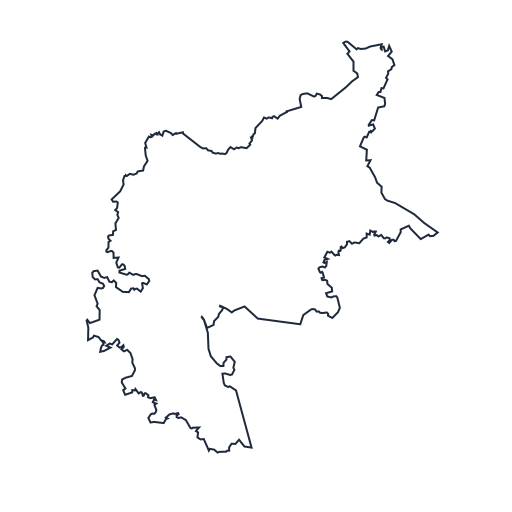 Ērgļu pag., Erglu, Latvia (Albers equal-area conic projection), rotated 75°
{"feature_id": "27541924B50844448194211", "entity_name": "Ērgļu pag.", "entity_type": "district", "adm_level": 2, "iso_a3": "LVA", "parent_name": "Latvia", "parent_adm1": "Erglu", "projection": "albers", "projection_center": [25.617, 56.923], "detail": "fine", "context": "isolated", "style": "outline", "palette": "slate", "viewbox_px": 512, "rotation_deg": 75, "n_neighbors": 0, "source": "geoboundaries", "source_scale": "gbopen_adm2", "svg_char_len": 6081}
<svg xmlns="http://www.w3.org/2000/svg" viewBox="0 0 512 512"><g transform="rotate(75 256 256)"><path d="M164.0,380.8L166.6,380.0L167.3,376.6L168.7,375.7L173.6,377.7L175.2,380.1L177.9,377.8L180.4,379.3L183.7,378.8L188.1,383.4L194.6,384.5L195.2,387.6L198.6,388.7L198.1,392.7L198.8,393.8L201.0,394.1L203.6,392.6L204.3,394.8L209.8,396.4L211.6,399.0L213.0,399.4L213.8,398.7L213.6,394.8L214.1,393.7L215.9,392.8L221.0,394.0L221.9,389.2L226.3,392.7L231.3,392.4L231.9,391.1L229.3,387.5L229.9,386.3L231.8,385.4L234.6,385.7L234.9,391.7L236.6,392.2L240.6,385.8L240.6,384.7L239.3,382.7L242.5,379.4L242.2,377.3L242.7,375.7L246.0,371.3L246.3,368.5L250.5,365.6L252.4,365.5L255.2,368.8L252.7,372.1L252.9,373.1L257.8,373.6L260.6,376.6L256.7,379.4L256.5,381.2L257.1,382.3L255.4,382.9L255.2,385.1L258.0,388.1L256.2,393.9L249.8,399.3L245.8,398.0L242.8,399.7L244.0,402.1L242.8,404.3L237.9,405.2L237.9,408.1L235.9,411.0L229.1,412.8L228.6,416.7L229.8,418.5L234.0,419.2L236.9,417.6L237.4,415.0L240.9,414.0L243.2,411.0L245.6,410.4L247.3,412.0L247.3,414.0L245.8,417.2L252.1,422.2L261.1,421.3L263.3,423.0L267.7,421.0L277.0,423.6L277.8,433.8L273.9,435.5L274.6,436.3L281.8,436.5L293.8,440.0L292.5,434.6L291.0,433.1L293.5,429.1L298.3,427.0L298.1,426.1L299.2,424.8L300.4,424.5L299.8,426.1L302.3,426.3L302.6,427.9L304.2,429.3L308.2,431.3L308.4,427.3L306.8,420.3L304.0,423.8L302.7,419.9L304.2,417.8L300.2,411.7L301.6,410.5L304.4,410.3L306.5,413.3L309.2,411.4L309.1,409.6L307.9,407.2L309.7,407.3L311.3,410.1L313.9,408.3L313.3,404.7L317.3,402.4L323.9,401.9L326.9,403.1L333.1,402.0L335.0,402.5L339.8,406.9L339.8,413.1L340.6,417.3L343.4,418.4L350.2,416.4L351.2,419.0L356.2,418.3L355.7,410.9L353.5,410.2L354.5,407.9L353.2,406.9L358.4,404.9L357.6,402.6L358.2,401.7L361.9,401.4L361.9,400.7L359.8,399.1L360.0,398.1L362.6,396.0L364.4,396.9L366.0,394.8L366.2,390.5L369.3,389.9L368.3,391.7L370.6,393.5L372.7,390.5L373.6,392.7L379.0,392.1L381.1,393.4L382.1,395.4L381.3,396.8L381.6,398.5L384.6,401.9L389.5,401.0L389.9,397.3L393.5,388.4L390.1,385.1L390.0,383.6L388.8,384.9L386.6,380.5L386.7,376.4L387.5,375.5L387.6,371.9L388.7,371.7L389.7,374.1L391.1,374.3L392.4,372.9L392.5,370.0L396.4,366.2L405.3,363.8L406.0,362.6L405.5,361.5L406.9,355.4L409.5,359.3L411.4,357.6L416.1,359.5L418.8,357.1L419.3,353.8L431.8,351.9L430.3,350.5L432.3,346.4L435.9,344.0L435.7,342.0L437.3,335.5L436.6,334.3L437.1,332.3L433.9,331.5L431.0,328.2L432.2,324.5L429.1,319.9L437.0,316.5L439.9,309.9L380.7,310.1L375.1,315.0L375.4,316.7L372.9,319.6L370.3,320.0L361.0,318.9L361.5,316.2L364.3,311.6L364.2,309.8L360.3,306.3L358.1,306.8L352.7,303.9L346.5,306.7L346.1,310.7L348.4,311.4L350.8,315.0L353.8,315.9L353.0,319.0L349.5,321.7L341.1,325.6L333.3,325.9L317.8,322.4L304.6,322.8L301.1,324.3L300.8,324.0L303.8,322.8L312.8,321.9L311.6,314.9L308.0,313.3L305.0,308.2L302.4,306.8L299.5,302.7L297.2,300.9L295.4,303.8L294.8,303.5L299.5,297.9L304.2,294.0L303.0,290.9L301.8,280.1L316.9,270.5L333.4,230.9L325.3,225.6L321.9,216.7L321.9,215.1L322.8,212.9L325.4,211.8L325.9,209.6L327.3,208.9L328.2,207.0L328.9,202.2L330.5,201.3L332.3,201.9L335.6,198.3L331.6,191.5L327.8,188.4L317.1,188.2L315.6,188.9L315.1,191.6L315.5,194.0L313.6,197.6L310.1,198.0L309.9,191.6L306.2,191.0L301.6,194.2L298.3,193.7L296.9,195.4L296.7,197.7L296.1,198.4L294.4,198.4L294.4,195.9L289.7,195.9L288.5,196.2L288.9,197.8L288.3,198.4L284.3,199.0L283.4,197.7L283.3,194.7L284.9,192.4L283.9,190.8L280.1,189.2L280.5,191.5L279.7,192.5L277.6,191.0L277.4,187.5L275.1,190.4L270.4,186.0L271.9,183.7L271.3,182.0L275.8,179.7L276.1,179.1L275.6,178.1L276.6,175.6L273.4,175.4L272.3,174.5L272.9,173.2L272.6,172.8L269.2,171.8L269.0,171.0L270.8,170.2L270.6,167.9L268.2,165.1L265.8,164.4L265.9,161.9L269.0,160.1L268.4,157.4L270.4,152.9L267.0,147.8L266.7,144.3L263.0,143.3L264.8,140.7L261.0,139.0L263.2,136.7L262.8,135.6L263.4,134.0L266.1,136.4L267.0,136.2L266.9,134.2L268.8,132.7L268.1,129.6L272.0,127.9L272.4,126.8L271.9,124.9L273.4,122.4L275.2,122.6L276.6,124.9L277.9,124.0L275.5,120.3L276.0,118.8L277.6,118.3L277.7,116.9L270.5,110.1L267.8,109.4L266.3,100.6L269.4,99.7L282.3,92.5L280.0,83.8L281.9,82.8L282.5,79.5L280.3,74.4L267.8,84.9L256.6,92.4L240.8,108.0L236.5,114.8L234.4,116.7L227.2,118.5L221.7,116.7L216.5,120.1L210.7,120.6L200.1,123.3L198.1,125.2L193.1,120.6L192.3,124.8L182.0,121.4L177.0,127.2L169.3,121.2L168.9,120.0L170.1,118.4L165.3,114.5L166.3,113.0L165.0,112.6L165.7,111.4L163.7,108.2L159.2,108.8L159.3,113.3L158.5,113.2L154.7,108.9L155.6,106.8L144.2,99.6L144.6,93.3L142.4,91.9L136.6,91.0L131.7,97.7L129.4,95.2L129.8,93.3L126.3,91.3L127.1,89.5L119.4,83.2L117.6,84.3L114.1,81.1L111.8,80.7L110.6,76.9L108.7,76.0L107.4,72.9L101.3,73.3L97.0,76.7L93.7,72.0L87.5,73.0L91.5,75.4L91.8,78.3L86.8,78.5L86.5,80.5L89.1,81.2L88.6,81.6L87.2,81.8L84.0,79.8L83.2,91.5L84.0,96.4L83.1,101.4L81.6,103.6L82.4,105.3L72.7,112.2L72.1,114.0L72.8,116.6L82.6,112.7L84.3,115.4L93.5,111.5L102.3,113.9L105.8,111.0L109.6,111.2L112.2,118.1L116.2,125.3L123.9,142.7L121.7,146.6L120.5,151.4L118.6,150.9L116.6,152.3L114.9,155.2L116.8,157.1L117.0,158.7L112.2,164.3L111.6,168.8L112.2,171.3L115.6,173.2L123.7,173.7L124.2,189.0L124.9,188.9L126.6,196.5L128.9,199.6L125.6,202.4L125.9,204.1L127.1,204.8L125.4,208.0L126.1,210.1L124.3,212.4L127.1,215.0L132.3,223.4L137.1,225.3L137.9,227.0L139.7,228.1L139.6,228.9L140.8,229.0L140.4,230.1L143.3,229.9L145.7,233.2L147.0,232.8L149.4,237.1L147.0,242.4L147.4,244.9L146.2,246.5L147.2,249.6L144.2,252.5L146.0,255.3L149.0,257.9L149.5,259.5L148.2,262.4L148.1,263.9L146.9,265.6L146.6,268.4L145.0,271.1L143.1,271.7L141.5,275.0L139.0,276.2L138.4,279.4L136.3,281.6L118.8,294.8L117.6,294.6L117.3,301.3L116.6,301.5L117.6,305.2L115.4,306.2L111.7,310.6L111.9,313.0L115.5,315.3L113.7,317.2L111.3,317.6L112.3,319.6L113.2,319.7L112.8,320.6L111.5,320.6L111.9,322.7L113.0,323.9L111.8,325.8L113.8,325.7L114.0,327.3L112.9,328.5L118.1,333.8L123.0,333.7L122.5,334.9L123.0,335.3L130.4,336.5L136.0,336.1L140.4,341.0L144.2,342.9L143.7,348.4L145.4,349.9L145.8,353.3L144.0,356.6L145.3,360.1L144.2,360.9L144.9,361.4L144.7,362.4L148.4,364.8L152.7,365.4L158.4,370.5L164.0,380.8Z" fill="none" stroke="#1e293b" stroke-width="2"/></g></svg>